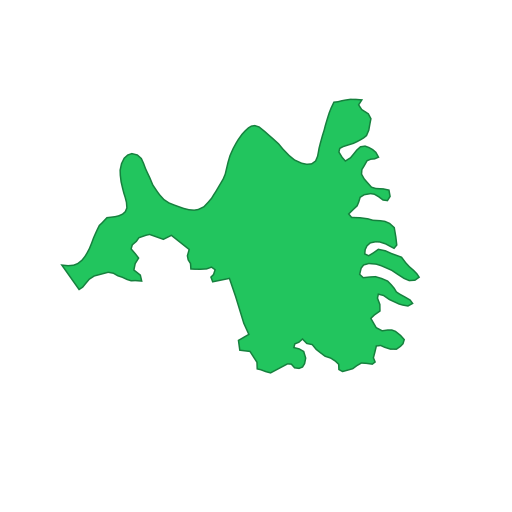 outline of Itapiranga, Santa Catarina, Brazil, rotated 149°
{"feature_id": "56859067B85066808515960", "entity_name": "Itapiranga", "entity_type": "district", "adm_level": 2, "iso_a3": "BRA", "parent_name": "Brazil", "parent_adm1": "Santa Catarina", "projection": "natural_earth1", "projection_center": [-53.721, -27.112], "detail": "fine", "context": "isolated", "style": "filled", "palette": "green", "viewbox_px": 512, "rotation_deg": 149, "n_neighbors": 0, "source": "geoboundaries", "source_scale": "gbopen_adm2", "svg_char_len": 3951}
<svg xmlns="http://www.w3.org/2000/svg" viewBox="0 0 512 512"><g transform="rotate(149 256 256)"><path d="M313.1,158.6L310.5,156.1L307.1,151.8L303.7,148.3L284.5,147.3L281.4,145.1L280.5,140.3L277.0,137.5L273.3,136.9L269.8,138.7L266.0,142.9L264.3,149.6L266.9,154.2L270.7,158.0L268.0,160.7L263.7,160.0L258.9,160.9L257.5,154.9L253.4,151.1L252.5,144.9L250.2,138.9L248.4,134.5L244.6,130.1L242.1,125.0L240.9,120.6L243.4,116.0L241.3,112.4L236.0,110.9L231.1,109.6L226.0,110.1L220.8,110.0L216.6,107.1L212.0,103.4L208.5,103.8L207.8,108.3L204.0,112.0L199.2,116.9L195.2,115.1L192.8,111.6L188.8,107.0L183.6,103.8L178.6,104.2L175.2,105.1L172.0,108.0L173.0,113.4L175.3,119.6L177.7,122.6L181.2,124.7L186.4,126.9L189.9,132.7L189.7,143.4L184.9,144.5L178.1,145.0L174.8,150.7L173.6,157.3L170.8,160.3L167.0,156.5L164.1,150.0L161.1,145.6L158.2,141.3L155.6,138.5L151.5,134.9L146.2,134.7L146.6,138.9L149.5,144.2L152.5,149.3L154.2,152.9L154.2,157.2L154.9,161.6L156.1,166.7L159.9,172.0L164.2,176.7L168.9,179.2L175.3,182.2L176.6,186.9L172.2,191.4L168.4,192.9L163.2,191.5L157.1,187.1L153.6,183.1L150.3,178.5L147.0,173.8L144.1,167.6L140.6,160.5L137.3,156.0L132.2,153.4L127.1,153.8L127.3,158.0L128.4,162.7L130.1,167.8L131.2,173.1L131.9,180.0L136.0,185.1L138.7,188.4L142.4,193.8L147.7,198.7L153.8,198.2L159.3,198.2L161.7,201.8L159.1,205.3L155.6,207.6L151.3,208.4L146.4,206.7L142.8,204.4L138.6,199.6L136.0,195.2L133.7,191.5L129.7,192.9L126.4,200.2L122.9,209.1L124.7,215.1L127.7,219.3L131.4,222.3L137.4,226.4L140.9,230.2L147.0,235.1L154.2,239.8L154.9,244.3L148.7,245.8L143.5,246.9L140.0,249.5L136.5,252.7L131.7,252.8L125.7,250.5L122.7,248.0L120.3,243.6L118.3,238.6L114.8,235.8L110.4,238.0L108.1,244.0L112.4,248.0L115.4,250.0L118.6,252.2L121.6,255.5L122.9,262.4L123.6,266.6L123.4,271.8L120.7,275.6L117.0,277.5L111.7,280.5L107.8,279.9L104.3,278.2L100.1,277.6L99.9,283.1L101.2,287.1L103.4,290.9L105.9,294.0L110.2,295.8L115.0,294.9L119.0,293.4L124.4,291.5L130.5,291.4L131.4,296.2L131.4,302.4L128.8,305.1L124.9,304.9L119.8,303.7L114.5,302.4L110.6,302.0L106.5,301.8L102.9,301.8L99.3,302.3L94.5,305.8L90.5,310.4L86.8,314.5L86.5,320.0L90.0,327.1L90.2,332.7L84.9,335.3L89.5,338.6L94.5,341.7L99.1,343.6L102.6,344.9L106.3,346.0L110.0,347.7L115.3,344.2L119.6,340.9L122.9,338.0L125.9,335.3L129.7,331.8L132.6,328.9L136.9,325.1L142.8,319.5L146.5,315.8L149.0,312.9L151.8,309.8L156.0,306.7L160.8,306.3L165.2,308.4L169.1,312.0L173.5,318.4L175.9,325.1L177.9,333.8L178.9,340.5L181.2,348.2L182.7,352.7L184.4,358.2L186.9,365.0L189.9,368.4L193.1,369.7L196.5,369.7L200.9,368.8L205.3,367.5L211.3,364.9L214.7,363.1L220.0,360.0L223.9,357.3L226.7,355.3L231.7,350.7L236.6,345.7L240.2,342.0L244.4,338.9L252.5,334.5L257.1,332.0L260.8,330.2L264.2,328.4L269.2,326.7L275.3,325.0L281.6,325.6L285.4,327.1L289.7,330.2L293.5,334.0L296.8,338.0L299.8,341.7L303.3,346.3L305.9,351.8L307.1,357.8L307.5,362.0L307.9,370.1L306.8,377.5L306.2,383.7L305.7,388.0L304.7,393.3L304.1,398.6L305.7,403.7L309.7,407.7L313.9,408.6L318.6,407.7L323.7,404.4L328.2,399.6L330.7,395.1L333.4,389.1L335.5,382.6L336.9,377.9L337.9,373.7L339.4,368.7L341.9,363.7L345.2,361.3L348.8,360.6L352.9,361.1L356.4,362.2L360.5,364.0L364.0,365.6L367.3,364.7L370.8,363.7L374.5,362.9L378.4,360.4L382.2,357.8L386.0,355.1L390.1,351.8L394.9,348.2L399.2,345.6L402.8,343.7L407.3,342.0L412.6,341.3L417.0,342.0L422.0,344.4L427.1,348.2L424.9,318.4L420.6,318.6L416.1,320.2L410.9,322.0L404.9,322.2L391.1,318.2L387.1,314.7L384.6,310.2L381.5,306.6L378.7,302.4L375.8,299.1L372.1,297.1L366.9,293.4L365.0,299.2L367.9,306.9L363.5,311.7L357.7,314.7L358.3,319.9L359.4,326.4L356.3,329.3L351.0,330.2L347.0,332.0L339.4,330.4L336.1,329.3L326.8,318.0L317.9,317.3L309.9,296.0L314.7,291.5L316.1,287.6L316.0,283.3L318.5,278.4L314.9,276.0L310.5,273.3L305.0,270.4L299.9,269.4L298.1,265.3L301.9,262.0L305.5,261.1L306.4,256.2L290.3,250.5L294.4,231.5L301.1,204.6L302.5,192.5L314.5,192.7L318.4,183.6L310.3,177.3L309.9,164.4L313.1,158.6Z" fill="#22c55e" stroke="#15803d" stroke-width="1.5"/></g></svg>